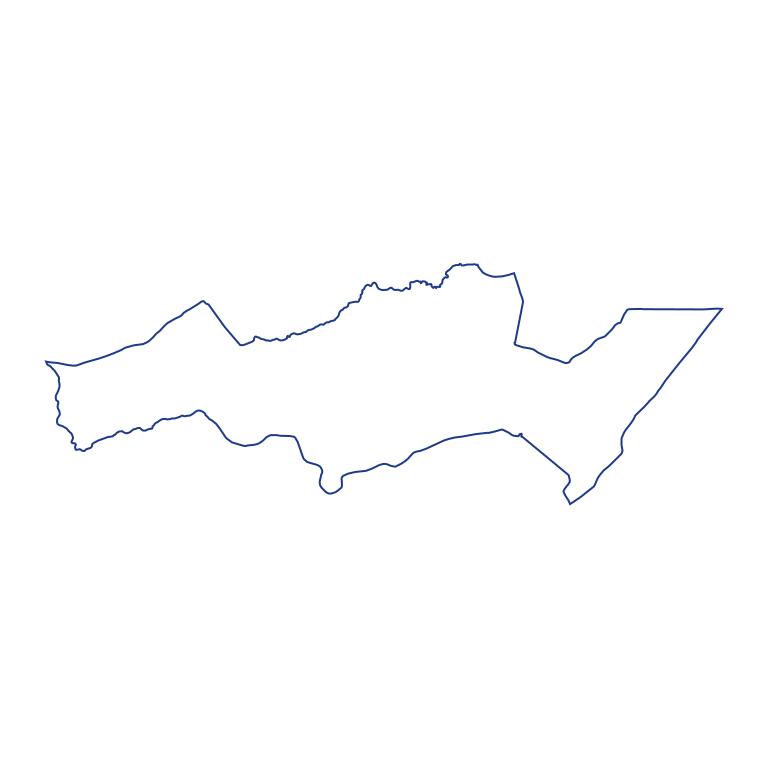 outline of Inharrime, Inhambane, Mozambique
{"feature_id": "85939544B69817996790019", "entity_name": "Inharrime", "entity_type": "district", "adm_level": 2, "iso_a3": "MOZ", "parent_name": "Mozambique", "parent_adm1": "Inhambane", "projection": "albers", "projection_center": [34.702, -24.408], "detail": "fine", "context": "isolated", "style": "outline", "palette": "blue", "viewbox_px": 768, "rotation_deg": 0, "n_neighbors": 0, "source": "geoboundaries", "source_scale": "gbopen_adm2", "svg_char_len": 6062}
<svg xmlns="http://www.w3.org/2000/svg" viewBox="0 0 768 768"><path d="M477.5,264.7L476.2,264.9L474.8,264.2L472.9,264.5L467.5,264.5L463.0,265.5L461.6,265.3L460.8,264.1L459.8,263.9L458.9,265.0L455.8,265.1L452.9,266.1L450.0,269.3L446.5,271.9L446.0,273.0L446.0,274.4L447.6,275.5L448.0,276.6L447.7,277.3L446.7,277.6L445.6,277.2L444.6,277.6L442.7,279.7L442.2,283.0L441.9,283.6L440.4,284.6L440.0,285.5L440.3,286.0L440.2,286.7L439.2,287.0L437.5,286.7L436.7,287.0L436.1,288.0L435.8,287.8L435.7,287.2L435.0,286.7L434.2,287.0L433.4,287.8L432.6,287.4L431.6,286.3L431.6,285.1L431.2,284.2L430.6,284.0L429.6,284.3L427.9,284.2L427.3,284.7L426.6,284.8L426.3,284.4L426.3,283.9L426.9,283.2L426.7,282.5L425.5,282.1L424.9,281.5L422.5,281.3L421.8,282.0L421.5,282.8L420.8,283.1L420.0,281.5L418.9,281.5L417.4,280.8L416.1,281.0L413.2,282.2L411.5,282.1L410.6,282.4L410.1,283.4L410.3,287.4L409.9,288.7L408.8,289.2L406.3,287.9L405.4,288.3L402.6,290.6L401.1,290.8L397.7,289.7L395.4,290.0L393.7,289.6L391.6,287.8L390.2,287.9L387.1,289.8L382.1,290.0L380.5,289.5L379.3,289.1L378.1,288.0L377.4,287.1L376.7,285.0L375.9,283.7L374.8,282.7L373.5,282.8L372.6,283.5L371.2,285.9L370.2,285.9L368.7,285.0L367.8,284.8L367.0,285.0L365.4,286.2L363.9,289.1L362.3,290.4L362.4,292.2L362.1,293.2L361.7,294.1L360.7,295.0L360.6,297.7L359.4,299.4L358.7,301.3L358.1,301.8L354.8,301.8L350.4,302.7L348.7,303.3L347.9,306.2L346.6,307.3L344.3,307.8L342.6,309.8L341.3,310.3L340.1,311.4L339.4,312.6L338.6,315.5L337.5,317.1L335.4,319.1L334.8,320.0L333.8,320.6L331.3,320.9L328.7,322.3L326.6,322.4L325.6,322.9L324.5,324.0L323.5,324.7L321.3,324.4L320.0,324.6L317.5,326.4L315.7,327.0L314.2,328.2L311.0,329.7L309.2,329.9L307.9,330.4L305.8,332.0L303.8,332.3L300.6,333.9L297.2,334.4L294.1,333.3L293.2,333.4L291.1,334.4L290.5,334.9L289.7,336.8L288.9,336.9L287.9,335.9L287.4,336.2L287.0,337.0L286.8,338.5L283.6,340.1L280.7,340.5L279.3,340.1L277.3,338.8L276.3,338.7L274.3,339.7L272.3,340.0L271.5,340.6L270.1,340.9L267.5,340.4L266.2,340.5L263.9,339.4L261.0,338.9L258.5,337.3L257.5,337.3L256.0,336.6L255.2,336.6L254.4,337.5L253.7,340.5L252.2,341.7L244.0,344.9L242.2,345.2L240.1,345.0L224.8,327.1L208.6,304.6L205.5,303.3L205.0,302.5L203.6,301.2L202.8,301.1L201.3,301.7L198.5,303.8L189.5,309.4L186.1,311.1L185.9,311.5L183.8,312.7L182.0,314.9L180.0,316.4L174.5,319.0L167.3,323.2L164.2,326.1L159.9,330.8L155.9,334.0L153.5,336.9L149.6,340.5L147.4,342.1L143.1,344.1L133.9,345.3L125.3,347.7L121.1,350.1L114.3,353.0L106.0,356.2L99.4,358.4L84.9,362.5L76.2,365.6L72.5,365.6L68.2,365.1L57.7,363.0L48.9,362.2L46.1,361.6L47.2,364.3L47.8,364.9L50.1,366.1L54.8,371.0L58.8,377.1L59.0,378.3L58.8,380.9L59.5,383.8L59.5,386.9L58.2,390.9L55.9,395.6L55.7,397.7L56.1,399.8L56.6,400.5L58.0,401.5L58.4,402.8L57.7,405.6L57.6,407.2L58.0,408.5L59.4,411.4L59.8,413.4L59.7,414.8L57.2,419.1L57.0,421.3L57.1,422.5L57.6,424.0L59.2,425.1L62.1,426.0L66.5,428.4L68.9,431.3L71.1,433.1L72.2,435.0L73.0,437.5L73.0,438.4L71.6,441.4L71.6,442.4L72.3,443.1L75.0,443.4L75.6,444.1L75.9,444.8L75.1,446.4L75.1,447.5L75.7,449.6L77.1,449.8L79.8,449.2L80.9,449.7L81.5,450.4L82.5,450.8L84.0,451.0L85.0,450.6L86.1,449.3L90.2,448.0L91.1,447.5L91.8,446.5L92.3,444.1L94.2,442.6L98.6,440.4L107.7,437.1L112.8,436.3L113.8,435.1L114.8,434.9L117.0,432.7L119.2,431.5L121.9,431.2L124.5,432.7L125.8,433.2L127.7,433.1L129.8,432.3L133.4,429.4L135.8,428.9L137.5,428.1L139.0,427.9L140.1,428.1L141.8,429.8L142.9,430.5L145.8,430.5L148.4,429.2L151.9,428.6L152.6,427.5L152.6,426.4L153.9,425.2L154.7,423.9L155.7,423.0L157.6,422.1L158.8,421.1L161.9,419.2L165.5,418.9L166.9,419.4L170.1,419.1L171.8,418.5L175.1,418.4L180.4,416.6L181.4,415.8L182.8,415.7L183.9,416.2L185.3,416.2L186.8,415.8L189.0,415.7L190.2,415.4L193.2,413.6L195.0,412.1L197.1,410.8L198.6,410.5L200.8,410.8L203.4,412.1L205.3,413.8L205.5,415.2L207.1,416.4L209.3,419.0L212.4,420.8L216.3,424.0L219.7,428.5L225.5,437.1L227.1,438.8L232.1,442.4L243.0,445.7L245.6,446.0L248.1,445.4L253.0,445.0L257.1,444.1L259.6,443.0L263.0,440.6L266.7,437.0L270.4,435.2L276.5,435.1L280.5,435.8L289.5,436.0L293.2,436.6L294.6,437.2L295.2,437.7L297.7,442.0L302.9,457.0L303.3,458.1L304.3,459.4L306.5,461.5L308.8,462.5L317.4,465.0L319.7,466.3L320.8,467.5L322.2,470.4L322.2,472.7L321.3,474.5L319.8,481.1L319.7,483.1L320.3,485.7L321.5,487.6L324.9,491.1L327.0,492.8L328.7,493.5L331.1,493.6L335.7,492.1L337.3,491.0L341.1,487.9L341.7,487.1L342.0,485.4L341.6,478.3L342.0,477.2L343.3,475.8L347.9,473.7L355.1,472.0L366.1,470.8L372.0,468.6L379.2,465.1L382.9,464.0L385.1,463.9L387.1,464.3L391.1,465.9L395.2,466.7L401.1,463.8L405.3,461.0L407.6,459.1L412.2,454.0L413.9,452.5L416.5,451.6L420.2,450.9L425.8,448.9L443.9,440.5L448.9,438.9L454.9,437.5L462.8,436.5L475.8,434.1L487.4,432.8L488.7,432.9L494.9,431.5L501.3,429.6L502.7,429.7L508.6,432.6L512.1,435.1L514.1,435.8L518.3,436.2L519.0,435.5L519.4,434.6L520.0,434.0L521.5,433.8L521.7,434.4L521.3,436.0L521.5,436.7L522.1,436.6L568.6,475.1L569.7,479.4L569.8,481.8L567.7,485.2L567.2,485.5L564.6,489.0L563.6,491.1L563.5,491.9L565.1,495.2L568.4,500.3L570.1,504.1L580.8,496.9L593.7,486.6L594.7,485.2L597.6,478.4L599.9,474.9L603.6,470.5L608.9,466.2L621.6,453.6L622.5,450.8L621.5,444.8L621.5,439.0L622.0,437.2L624.2,432.2L626.0,429.5L631.1,423.0L633.6,419.1L635.4,415.4L644.4,406.7L648.5,402.2L648.7,401.7L654.5,396.2L656.4,393.9L658.3,390.7L660.5,388.1L665.2,380.9L679.1,363.3L691.9,348.0L695.7,342.8L697.7,339.4L709.9,323.6L721.9,308.9L717.1,308.6L703.7,309.4L643.3,309.2L641.3,308.9L629.4,309.2L628.3,309.4L626.9,310.1L626.1,311.7L624.5,313.7L620.6,322.4L620.2,322.8L617.7,323.4L615.4,324.9L611.6,329.8L605.7,335.7L604.5,336.6L597.8,339.0L595.0,341.1L591.1,345.8L586.9,349.5L580.9,353.4L575.6,355.9L573.2,357.4L572.0,358.4L570.7,359.9L569.3,362.2L567.5,362.9L565.1,363.0L557.3,359.9L549.8,358.0L546.4,356.7L537.6,352.3L533.7,349.5L529.2,348.3L523.0,347.3L516.6,345.3L514.8,344.4L514.6,342.8L515.1,342.5L523.1,301.6L522.2,298.0L520.3,293.1L518.6,287.1L514.1,273.2L507.6,275.2L501.8,276.4L495.7,276.8L492.8,276.6L488.8,275.5L485.9,274.3L482.9,272.6L479.3,268.0L478.1,266.2L477.5,264.7Z" fill="none" stroke="#1e3a8a" stroke-width="2"/></svg>